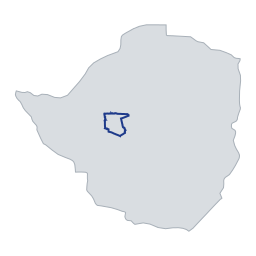 location of Nkayi, Matabeleland North, Zimbabwe
{"feature_id": "62879985B68584159333685", "entity_name": "Nkayi", "entity_type": "district", "adm_level": 2, "iso_a3": "ZWE", "parent_name": "Zimbabwe", "parent_adm1": "Matabeleland North", "projection": "orthographic", "projection_center": [28.451, -18.923], "detail": "fine", "context": "in_parent", "style": "outline", "palette": "blue", "viewbox_px": 256, "rotation_deg": 0, "n_neighbors": 0, "source": "geoboundaries", "source_scale": "gbopen_adm2", "svg_char_len": 4617}
<svg xmlns="http://www.w3.org/2000/svg" viewBox="0 0 256 256"><path d="M188.9,231.2L186.4,229.5L182.9,228.3L178.5,227.7L172.7,227.8L165.6,228.7L158.0,227.5L150.0,224.1L143.2,222.9L135.1,224.3L134.8,224.3L133.4,223.2L131.2,220.8L127.5,220.4L126.5,219.8L125.7,218.9L125.2,217.8L124.9,216.6L125.6,212.6L125.2,212.2L124.3,211.7L122.2,211.3L117.4,209.5L111.3,207.7L101.3,205.9L97.5,205.4L96.6,204.8L95.4,203.4L93.5,198.9L91.7,195.9L87.4,191.3L86.7,189.9L86.9,186.3L87.2,183.3L87.7,180.8L87.4,178.5L87.4,175.6L87.5,173.6L86.9,172.8L85.4,172.2L80.9,172.0L75.5,172.1L75.3,169.2L74.8,164.6L73.8,162.0L72.5,160.6L70.0,159.2L65.0,157.3L58.1,154.4L52.2,150.1L45.5,144.7L43.4,143.7L40.8,138.6L36.9,129.9L37.1,127.0L36.5,125.5L32.8,121.3L31.9,119.1L31.3,116.8L25.3,110.6L23.3,107.8L21.7,104.3L20.1,101.5L18.8,100.4L17.1,98.5L15.9,96.3L15.4,94.7L15.8,92.5L16.3,90.9L21.9,92.4L25.0,92.5L27.4,91.7L30.3,92.7L33.9,95.5L37.8,96.0L41.9,94.2L47.5,94.6L54.6,97.4L60.5,97.9L67.5,95.3L73.7,88.2L79.5,81.6L85.2,74.0L88.7,67.8L93.8,62.8L100.6,58.9L107.5,55.6L118.0,51.7L120.1,48.4L120.8,44.8L120.9,39.8L121.4,36.6L122.5,35.1L124.3,33.9L126.6,32.5L133.5,28.7L139.4,26.3L146.5,24.8L154.3,24.8L161.8,24.9L166.1,24.9L166.1,29.7L166.4,35.1L167.2,35.6L172.8,35.8L181.9,36.3L190.6,36.8L196.1,40.8L197.9,41.7L203.7,42.8L211.0,49.5L219.8,50.3L225.9,52.5L231.2,54.8L234.2,57.6L236.2,58.3L238.9,58.5L240.2,58.8L239.9,60.7L238.0,64.0L238.1,68.7L240.4,75.3L240.6,80.9L239.6,90.9L239.4,100.6L239.6,104.1L240.0,106.4L240.4,107.6L240.3,109.1L238.8,113.1L237.5,117.3L237.4,119.0L236.9,120.2L236.0,121.3L232.1,123.2L231.5,124.4L231.4,126.6L231.9,128.4L233.3,129.2L235.0,130.3L235.6,131.7L235.6,133.1L235.0,135.8L233.3,140.3L234.7,145.5L236.3,148.9L238.6,152.8L239.5,155.2L239.4,157.0L239.0,158.6L235.3,165.6L232.7,169.9L229.4,174.6L225.3,177.4L224.2,178.8L223.7,180.5L223.8,184.0L223.5,187.7L219.9,193.3L221.9,198.2L221.4,198.7L220.3,199.3L215.1,204.7L209.9,210.2L206.2,214.2L201.9,218.7L197.1,223.8L193.0,228.2L188.9,231.2Z" fill="#d9dde1" stroke="#a8b0b8" stroke-width="1"/><path d="M124.9,132.9L124.9,132.6L125.0,132.3L124.8,132.0L124.8,131.9L124.8,131.2L125.0,131.1L125.0,130.9L124.9,130.8L125.0,130.5L125.1,130.3L125.1,130.2L125.3,130.1L125.2,130.0L125.2,129.7L125.0,129.3L124.9,129.2L124.8,128.9L124.6,128.8L124.6,128.7L124.4,128.4L124.4,128.2L124.2,128.1L124.1,127.9L124.2,127.7L123.9,127.5L123.6,127.6L123.4,127.5L123.2,127.4L123.0,127.2L122.9,127.0L122.7,126.1L122.6,125.7L122.5,125.2L122.5,124.9L122.4,124.8L122.4,124.6L122.3,124.1L122.2,123.6L122.1,123.4L121.9,122.3L121.6,121.2L121.4,120.2L121.2,119.3L121.0,118.5L122.1,118.2L122.6,118.0L124.8,117.2L125.5,116.9L125.9,116.8L126.8,116.4L127.1,116.3L127.9,115.9L128.5,115.8L128.6,115.1L127.9,114.5L127.7,114.3L127.4,114.1L127.1,114.1L125.1,114.1L124.8,114.1L124.2,114.0L123.1,114.0L122.1,114.0L121.0,113.9L119.9,113.9L117.6,113.8L117.4,113.8L117.0,113.6L116.8,113.6L116.7,113.5L116.5,113.4L116.4,113.4L116.1,113.4L115.8,113.3L115.7,113.2L115.4,113.2L115.1,113.2L115.0,113.3L114.9,113.3L114.7,113.5L114.4,113.5L114.3,113.4L114.2,113.4L113.8,113.5L113.7,113.5L113.4,113.5L113.1,113.6L112.9,113.5L112.7,113.5L112.5,113.3L112.3,113.4L112.2,113.4L111.9,113.5L111.6,113.4L111.5,113.5L111.4,113.5L111.3,113.4L111.3,113.5L111.2,113.5L111.1,113.4L111.0,113.5L110.9,113.5L110.7,113.5L110.4,113.5L110.2,113.6L109.9,113.6L109.7,113.5L109.4,113.6L109.2,113.6L108.9,113.6L108.7,113.7L108.4,113.7L108.1,113.6L107.8,113.5L107.7,113.5L107.7,113.4L107.7,113.5L107.4,113.5L107.2,113.6L106.9,113.6L106.7,113.6L106.4,113.6L106.2,113.6L105.8,113.7L105.7,113.7L105.5,113.8L105.4,113.8L105.3,113.7L105.2,113.7L104.9,113.6L104.7,113.6L104.4,113.6L104.3,113.8L104.3,114.1L104.4,114.5L104.5,115.0L104.6,115.5L104.6,115.8L104.7,116.1L104.7,116.3L104.8,116.5L105.0,116.7L105.1,116.8L105.0,117.0L104.9,117.1L104.8,117.3L104.9,117.5L105.0,117.6L105.3,118.2L105.3,118.3L105.2,118.5L105.3,118.8L105.4,119.0L105.4,119.3L105.2,119.5L105.3,119.6L105.2,119.6L105.2,119.8L105.3,119.9L105.3,120.0L105.2,120.3L105.1,120.5L104.9,120.6L104.7,120.7L104.6,120.8L104.7,121.0L104.9,121.5L104.9,122.9L104.9,123.8L105.0,126.8L105.1,127.2L105.1,127.9L105.1,128.1L105.0,128.3L105.3,128.4L105.5,128.5L105.8,128.5L106.2,128.6L106.3,128.6L106.5,128.7L106.6,128.8L106.7,128.7L106.8,128.8L106.9,128.7L107.0,128.7L107.0,128.8L107.3,128.9L107.5,129.0L107.8,129.0L108.0,129.1L108.5,129.3L108.5,130.9L108.6,131.7L110.4,132.1L111.0,132.2L112.5,132.8L113.8,133.5L114.7,133.8L116.3,134.5L117.7,135.0L119.1,135.6L120.0,136.0L120.0,135.9L122.0,134.7L122.3,134.5L122.9,134.2L123.6,133.7L124.8,132.9L124.9,132.9Z" fill="none" stroke="#1e3a8a" stroke-width="2"/></svg>